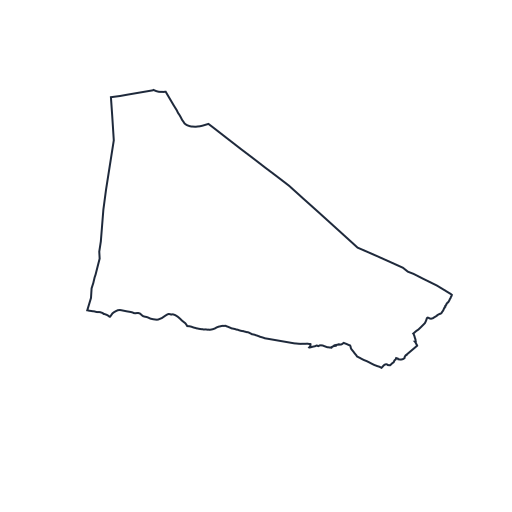 outline of Xalatlaco, México, Mexico, rotated 203°
{"feature_id": "50627088B62914317487686", "entity_name": "Xalatlaco", "entity_type": "district", "adm_level": 2, "iso_a3": "MEX", "parent_name": "Mexico", "parent_adm1": "México", "projection": "natural_earth1", "projection_center": [-99.395, 19.166], "detail": "fine", "context": "isolated", "style": "outline", "palette": "slate", "viewbox_px": 512, "rotation_deg": 203, "n_neighbors": 0, "source": "geoboundaries", "source_scale": "gbopen_adm2", "svg_char_len": 5833}
<svg xmlns="http://www.w3.org/2000/svg" viewBox="0 0 512 512"><g transform="rotate(203 256 256)"><path d="M390.1,140.1L389.3,140.3L388.3,140.4L386.6,140.9L384.9,141.3L383.4,141.8L382.0,142.0L381.1,142.1L380.1,142.4L379.7,142.6L378.8,143.0L377.5,143.4L376.0,143.5L374.8,143.6L373.7,143.1L373.0,143.4L372.2,143.4L370.4,143.5L368.6,143.3L367.6,143.0L367.1,142.9L366.7,143.0L366.6,143.3L366.4,143.9L366.1,145.3L365.7,147.1L364.8,148.7L363.6,150.3L362.0,152.1L360.2,153.1L358.6,153.5L356.6,153.9L353.2,154.6L349.5,155.5L347.5,155.8L346.2,155.7L344.8,156.1L343.6,156.8L342.2,157.5L340.4,157.7L339.1,157.3L337.7,156.8L336.4,156.5L334.7,156.7L332.9,157.1L331.4,157.2L328.7,157.1L326.0,157.6L323.8,158.2L322.4,158.6L321.2,159.3L320.0,160.5L318.4,162.1L316.1,165.7L314.8,167.5L313.9,168.4L313.0,168.7L312.1,168.9L311.5,169.0L311.2,168.9L310.3,169.6L309.2,169.9L307.4,170.0L305.8,169.8L304.2,169.5L302.6,169.0L301.1,168.5L299.2,167.7L297.1,167.1L294.8,166.5L293.3,165.6L291.9,164.6L289.9,165.3L288.3,165.6L287.6,165.7L286.8,165.7L285.4,165.8L284.6,165.9L283.7,166.1L282.3,166.2L281.7,166.4L281.0,166.5L279.6,166.8L278.4,167.1L277.6,167.3L276.6,167.7L275.7,167.8L275.0,168.1L274.2,168.5L273.5,168.8L272.4,169.1L271.6,169.3L270.9,169.7L270.0,169.9L269.1,170.4L268.2,171.0L267.2,171.7L266.2,172.6L265.2,173.6L264.7,174.4L264.1,175.1L263.6,175.6L263.0,176.1L262.5,176.6L261.8,177.0L261.3,177.4L260.5,178.0L259.4,178.7L258.7,178.9L257.9,179.3L256.6,179.9L256.1,179.8L255.3,179.8L254.6,179.9L253.8,179.9L253.2,179.9L252.5,179.9L251.8,179.9L251.0,179.9L250.3,179.8L249.6,180.0L248.1,180.3L247.1,180.5L246.2,180.6L245.3,180.6L244.5,180.9L243.7,181.0L242.8,181.0L242.0,181.1L241.0,181.2L240.0,181.4L239.1,181.6L238.3,181.9L237.4,181.9L236.3,182.1L235.6,182.2L235.1,182.2L234.3,182.5L233.3,182.7L232.3,182.7L231.4,182.6L230.6,182.6L229.9,182.5L229.1,182.4L228.5,182.6L227.9,182.7L227.1,182.9L226.3,183.0L225.2,183.0L223.6,183.2L222.2,183.2L221.7,183.3L221.0,183.2L218.0,183.6L216.6,183.7L215.8,183.7L214.9,183.9L213.3,184.3L186.4,190.6L184.4,191.3L182.7,191.8L180.5,192.6L179.0,193.3L176.6,194.3L174.6,195.3L172.3,195.9L171.5,196.2L171.3,195.9L171.1,195.5L170.9,194.9L171.0,193.7L171.3,192.6L171.2,192.6L170.9,192.7L169.4,193.8L167.9,195.0L167.7,195.1L167.3,195.4L167.1,195.5L166.2,196.2L166.1,196.3L165.6,196.9L165.3,197.2L165.0,197.4L164.2,197.3L163.6,197.4L163.6,197.5L163.2,197.6L163.0,197.9L162.9,198.0L162.7,198.2L162.5,198.4L162.3,198.6L162.2,198.8L161.7,199.0L161.2,199.2L160.7,199.3L160.4,199.5L159.2,199.7L158.0,199.7L157.9,199.7L157.7,199.7L156.7,199.8L156.4,199.8L156.2,199.8L155.7,199.8L154.8,199.9L154.7,199.9L154.1,200.1L153.2,200.4L152.6,200.5L151.7,200.8L150.9,201.1L150.7,201.1L150.5,201.7L150.4,202.1L150.5,202.1L149.9,202.8L149.5,203.1L149.0,203.6L148.5,203.9L149.1,204.1L149.0,204.3L148.7,204.6L148.4,204.8L148.1,204.9L147.9,205.1L147.7,205.3L147.4,205.3L147.1,205.3L147.0,205.5L146.7,206.0L146.4,206.1L146.0,206.5L145.6,206.7L145.2,206.7L145.2,207.1L144.5,207.3L143.7,207.5L143.3,207.6L143.0,207.9L142.8,208.1L142.4,208.5L141.8,209.5L141.3,210.3L140.2,210.3L138.2,210.4L135.7,210.3L135.3,210.4L134.4,210.4L133.6,209.6L132.7,208.3L131.8,207.5L131.6,207.4L130.8,207.0L129.9,206.5L128.9,206.0L127.8,205.3L126.3,204.5L125.3,204.0L124.9,203.8L124.7,203.7L124.2,203.3L123.8,203.0L122.1,202.9L121.2,202.8L120.4,202.8L119.9,202.7L117.7,202.5L115.9,202.4L113.0,202.5L111.9,202.4L111.2,202.4L107.8,202.1L106.2,202.0L104.5,201.9L102.7,202.0L101.7,202.0L99.0,202.3L98.1,202.2L97.5,202.2L96.8,202.1L96.3,203.3L96.0,204.3L95.7,205.1L95.2,206.1L94.7,206.6L93.9,207.2L93.2,207.4L92.6,207.3L92.0,207.1L90.8,207.5L89.9,207.8L89.4,208.8L88.9,210.1L88.2,211.3L87.8,211.9L87.7,213.0L87.8,213.7L87.5,214.5L87.0,215.4L87.1,216.3L87.1,216.8L85.3,217.0L84.9,216.7L84.7,216.5L82.6,217.1L82.1,217.3L80.8,218.2L80.1,218.9L79.7,219.6L79.4,220.1L79.7,221.4L79.4,223.2L78.7,223.6L78.7,224.3L78.5,224.7L72.6,236.4L73.1,236.9L73.4,237.2L73.5,237.2L74.0,237.6L74.3,237.8L74.5,238.0L75.1,238.5L75.5,238.8L75.8,239.0L76.0,239.1L75.7,239.2L75.5,239.3L75.4,239.5L75.6,239.8L76.5,241.1L76.5,241.3L76.7,241.6L77.9,242.9L78.9,244.2L79.0,244.3L80.7,246.0L80.9,246.1L80.7,246.4L79.5,249.0L78.8,250.2L77.8,251.7L77.1,253.3L76.2,255.4L76.1,255.7L75.2,257.9L74.3,260.2L74.3,260.6L74.2,261.8L74.2,263.2L74.3,264.5L74.4,265.4L74.3,265.7L74.2,266.0L74.0,266.3L73.6,266.4L73.0,266.5L72.0,266.4L71.5,266.4L70.8,266.5L70.1,266.8L69.8,267.1L68.9,267.8L68.5,268.3L68.2,268.9L67.6,269.7L66.2,271.6L66.0,272.4L64.2,274.6L63.6,274.9L63.2,275.6L62.9,276.3L62.8,277.4L62.4,278.9L62.4,280.3L62.4,281.2L62.4,281.4L62.3,281.5L62.2,281.7L62.2,281.8L62.2,282.0L62.3,282.2L62.3,282.4L62.2,282.6L62.1,282.8L61.9,283.1L62.0,283.4L62.1,283.5L62.3,283.8L62.3,284.0L62.1,284.4L62.0,284.5L62.0,285.0L61.9,285.2L61.8,285.4L61.8,285.6L61.8,285.8L61.9,286.3L61.9,286.5L61.8,286.8L61.6,287.5L61.4,288.1L61.0,288.4L60.9,289.3L60.8,289.8L60.7,290.6L60.7,291.3L60.7,292.2L60.5,293.1L60.5,293.8L60.6,294.5L60.4,295.4L60.5,296.1L60.5,296.7L61.7,297.1L78.1,299.5L92.6,300.3L104.1,301.1L110.1,300.9L116.2,302.6L145.2,303.2L165.8,303.4L191.6,312.4L216.1,320.9L235.2,327.4L253.1,333.6L268.6,337.6L282.3,341.0L296.8,344.8L311.5,348.5L329.3,353.2L347.0,357.9L351.4,359.0L356.1,355.1L357.6,354.0L358.8,353.2L360.2,352.5L361.3,351.8L362.5,351.2L364.6,350.5L366.2,349.9L367.9,349.6L369.6,349.5L371.1,349.5L372.5,349.8L373.6,350.1L375.2,351.2L377.2,352.4L378.5,353.5L379.7,354.5L382.1,356.3L383.2,356.9L384.2,357.7L385.9,359.2L390.6,362.5L403.3,371.9L404.0,371.6L405.0,371.0L406.5,370.4L407.9,369.8L409.6,369.2L410.8,369.0L412.4,368.8L415.3,368.8L415.7,368.2L437.2,354.4L443.6,350.2L451.6,345.5L443.0,328.6L432.1,306.9L420.0,258.6L414.6,239.0L404.5,208.7L402.0,198.8L398.9,192.5L397.8,185.2L396.4,176.1L396.2,173.3L395.2,167.5L394.7,162.0L391.5,152.9L390.1,140.1Z" fill="none" stroke="#1e293b" stroke-width="2"/></g></svg>